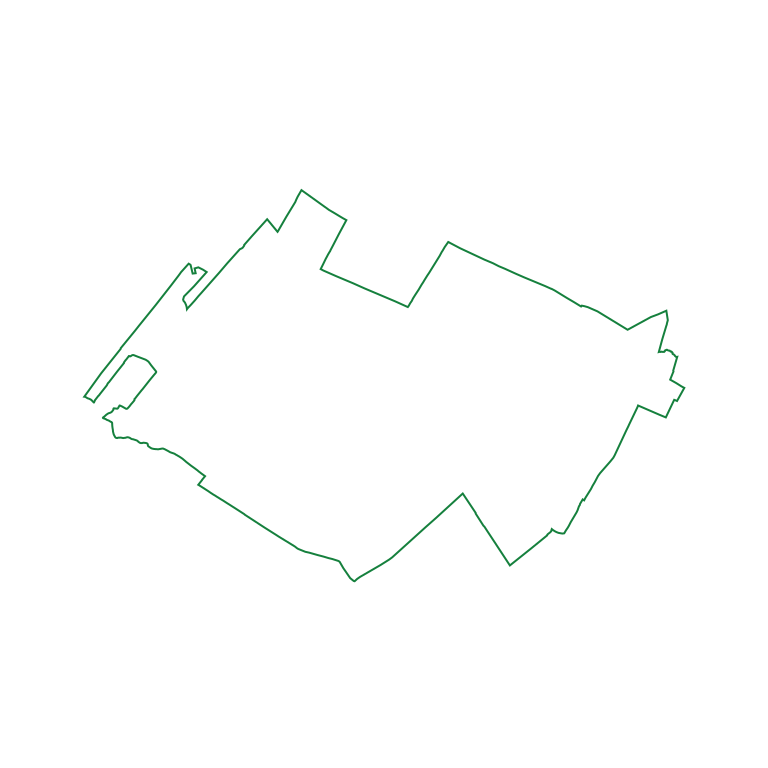 Teiu, Arges, Romania, rotated 164°
{"feature_id": "2599482B70110326614234", "entity_name": "Teiu", "entity_type": "district", "adm_level": 2, "iso_a3": "ROU", "parent_name": "Romania", "parent_adm1": "Arges", "projection": "albers", "projection_center": [25.15, 44.647], "detail": "fine", "context": "isolated", "style": "outline", "palette": "green", "viewbox_px": 768, "rotation_deg": 164, "n_neighbors": 0, "source": "geoboundaries", "source_scale": "gbopen_adm2", "svg_char_len": 6022}
<svg xmlns="http://www.w3.org/2000/svg" viewBox="0 0 768 768"><g transform="rotate(164 384 384)"><path d="M553.9,296.8L538.3,278.8L529.4,268.8L527.4,266.5L514.5,252.4L512.7,249.9L511.8,249.0L505.9,244.4L502.4,242.5L495.0,237.9L489.6,234.7L485.4,232.0L481.9,230.0L477.1,226.8L476.4,226.3L475.6,225.2L473.8,218.0L472.7,214.8L470.0,206.7L468.0,203.8L467.3,202.9L466.6,202.5L463.6,204.0L460.1,205.2L437.4,210.9L427.4,213.8L423.9,215.1L383.5,234.9L370.7,241.0L338.5,257.0L338.2,256.1L331.4,234.8L331.6,234.2L327.5,220.4L326.8,219.2L325.3,214.3L322.0,203.8L313.0,174.9L287.8,185.4L268.9,193.5L268.6,194.1L267.7,194.6L265.2,195.6L263.8,196.4L263.4,197.3L262.7,198.3L261.8,197.0L260.2,195.2L258.9,194.0L257.3,192.8L254.7,191.5L253.5,191.0L251.9,190.8L249.4,193.2L247.1,195.1L245.5,196.6L242.6,199.7L234.3,207.5L232.7,209.3L230.3,212.7L229.1,213.7L228.7,214.6L224.8,218.3L223.7,217.0L221.6,219.2L214.0,226.0L211.6,228.6L208.5,231.5L203.6,236.6L200.8,238.8L187.9,247.1L184.9,249.2L183.9,249.9L181.9,251.9L163.7,272.8L160.7,276.1L159.7,277.3L146.8,291.8L145.7,293.3L127.7,278.5L122.3,274.2L109.4,288.8L108.2,287.9L107.0,286.9L96.4,297.5L98.6,299.6L102.8,304.3L107.7,309.3L103.3,315.0L102.3,316.2L102.3,317.1L94.7,329.2L95.2,329.2L95.8,329.6L96.1,330.2L96.4,330.5L96.6,331.0L96.6,331.3L97.3,332.5L98.0,333.0L98.3,333.5L98.3,333.9L98.0,334.3L98.1,334.7L98.4,335.1L98.5,335.6L99.1,336.2L99.6,336.2L100.2,337.3L101.2,337.7L102.3,338.5L102.4,338.8L102.8,339.0L103.9,338.8L104.1,338.9L104.5,338.8L104.7,338.4L104.9,338.4L105.5,338.0L105.7,337.7L106.2,337.7L106.7,338.0L107.8,338.2L108.6,338.7L109.4,338.6L110.2,339.0L111.0,339.0L104.3,350.1L96.6,362.1L95.8,363.2L95.3,364.3L93.6,367.1L92.4,376.6L101.4,375.4L109.0,374.8L134.9,369.0L158.8,395.0L166.9,401.7L169.8,403.5L172.3,404.8L173.2,404.2L178.7,410.2L184.4,416.2L194.1,426.8L196.7,429.3L196.9,429.3L202.1,433.7L219.8,447.8L226.7,453.5L236.2,461.6L241.2,465.6L245.9,470.0L253.1,475.8L273.4,493.5L283.1,502.8L287.9,498.9L290.9,496.0L292.1,495.0L295.1,491.9L310.0,478.4L312.4,476.4L316.5,472.7L318.4,470.9L320.4,469.2L322.5,467.2L324.6,465.2L329.6,460.9L332.6,458.2L334.5,456.1L336.5,454.5L338.6,452.4L339.9,451.4L350.4,460.3L376.4,481.3L385.9,489.3L400.2,500.8L410.9,509.7L413.2,511.9L409.7,515.7L405.4,520.5L404.2,521.7L402.0,524.0L400.1,525.8L399.2,526.5L398.7,527.2L394.4,531.7L386.3,540.3L375.0,551.9L377.8,554.7L380.7,557.8L384.3,561.7L388.8,566.4L395.2,574.5L398.8,579.1L409.9,593.1L415.4,587.8L417.7,585.2L419.1,583.4L431.8,571.7L444.0,559.9L444.4,559.6L445.3,561.7L450.9,574.6L470.6,562.3L480.1,556.2L480.2,555.6L482.2,554.0L483.3,553.6L485.4,553.3L501.5,543.2L511.6,536.5L534.5,521.9L538.2,519.6L542.9,516.4L547.7,513.4L551.8,511.0L552.8,510.2L552.5,512.2L552.5,514.5L552.9,517.2L553.8,519.2L553.8,520.6L552.1,523.3L539.7,530.3L523.6,540.5L526.5,543.8L530.3,547.3L534.2,547.3L534.5,542.4L537.5,542.9L537.1,551.4L537.2,552.0L538.6,553.5L548.5,547.3L549.3,546.6L551.9,544.6L561.2,537.7L581.6,522.9L603.7,507.4L608.7,503.8L610.0,502.9L627.2,491.0L627.4,490.4L653.0,472.2L675.6,454.4L674.9,454.1L674.7,453.9L674.3,453.6L672.9,452.0L672.6,451.8L672.1,451.5L671.3,450.9L670.1,449.8L669.5,448.9L668.5,447.0L668.0,446.2L667.8,446.2L667.6,446.5L666.5,447.8L666.3,448.1L661.9,451.3L661.5,451.4L660.3,452.3L660.2,452.3L659.9,452.6L651.1,458.9L650.7,459.2L650.3,459.7L649.7,460.3L649.6,460.5L649.0,460.9L648.7,461.2L648.1,461.4L646.6,462.5L637.1,469.5L628.5,475.6L628.3,475.7L628.2,476.2L627.8,476.6L625.9,478.1L625.0,478.6L621.5,481.2L620.8,480.9L620.6,480.6L620.1,480.5L619.7,480.6L618.6,481.0L617.9,481.1L617.6,481.1L616.7,480.8L613.7,478.5L613.2,478.1L612.5,477.6L606.5,473.1L606.2,472.8L604.8,471.2L604.1,470.1L602.6,466.0L599.6,458.8L599.6,458.6L599.7,458.3L599.8,458.1L600.6,457.4L601.2,457.1L601.6,456.7L602.2,456.4L608.3,452.2L617.9,445.3L618.6,444.9L621.4,442.9L624.4,440.8L627.5,438.5L627.9,438.3L628.0,438.3L628.1,438.2L628.3,437.3L628.7,437.0L629.0,436.7L630.8,435.5L631.4,435.1L632.7,434.3L634.4,433.0L636.1,431.9L637.5,431.1L638.2,431.1L638.6,431.2L638.9,431.4L642.1,434.7L643.1,435.5L643.8,436.1L644.1,436.2L644.9,435.5L645.4,435.0L645.9,434.5L646.1,434.3L646.7,433.9L647.1,433.8L647.5,433.9L650.4,435.1L650.7,435.0L650.9,434.8L651.2,434.0L651.3,433.8L651.5,433.6L651.9,433.4L652.7,432.7L653.4,432.3L653.8,432.1L654.7,431.9L655.5,431.8L656.8,431.8L657.3,431.7L659.4,431.0L661.8,429.8L663.0,429.4L663.4,429.1L663.5,429.0L663.5,428.8L663.4,428.6L662.9,428.2L662.0,427.6L661.9,427.5L661.5,427.2L661.1,426.9L660.7,426.3L660.4,426.0L660.0,425.7L658.6,424.7L658.2,424.2L657.1,423.0L656.5,422.6L656.3,422.2L656.1,421.8L656.1,421.4L656.8,418.4L656.9,417.5L657.0,417.1L657.1,416.3L657.3,414.4L657.5,413.6L657.6,413.0L657.7,410.1L657.6,409.5L657.3,408.1L657.1,407.2L657.0,406.9L656.7,406.4L656.4,406.1L656.1,405.9L655.6,405.7L655.4,405.6L655.0,405.6L654.3,405.7L653.8,405.5L652.0,405.1L651.3,404.8L649.6,403.9L648.4,403.8L647.7,403.6L647.2,403.6L645.8,403.6L645.5,403.6L644.7,403.3L644.0,402.9L643.2,402.3L642.0,400.9L641.6,400.6L641.3,400.4L640.5,400.1L637.8,398.3L636.7,397.4L636.0,396.1L635.0,394.9L634.2,394.3L632.8,393.9L631.6,393.9L630.3,393.4L629.1,392.9L628.2,392.3L627.9,391.9L627.8,391.6L627.7,391.3L627.8,390.6L627.9,389.9L627.9,389.6L627.7,389.1L627.1,388.4L626.1,387.1L625.4,386.4L624.8,385.9L623.3,385.1L622.7,384.8L622.3,384.7L621.7,384.4L621.2,384.3L619.2,383.5L618.3,383.4L615.3,383.1L614.3,382.9L614.0,382.7L613.2,382.1L612.6,381.6L612.4,381.4L609.9,379.0L608.4,377.4L607.3,376.6L605.4,375.3L604.5,374.6L603.5,373.4L603.0,373.0L602.2,372.1L601.1,371.0L599.6,369.3L598.2,367.6L597.7,366.8L597.4,366.4L597.1,365.9L596.8,365.5L595.6,363.6L594.2,361.7L592.1,358.8L589.4,355.4L588.4,354.1L587.9,353.4L587.1,352.4L586.3,351.1L585.3,349.8L584.3,348.4L581.4,344.7L585.2,342.1L585.4,341.8L590.3,338.3L589.8,337.8L582.6,329.6L580.4,326.9L580.2,326.7L578.4,324.6L577.4,323.6L575.4,321.3L574.8,320.7L572.6,318.2L570.8,316.3L567.5,312.5L566.3,311.2L562.7,307.1L562.5,306.9L560.4,304.5L558.3,302.1L554.1,297.3L553.9,296.8Z" fill="none" stroke="#15803d" stroke-width="2"/></g></svg>